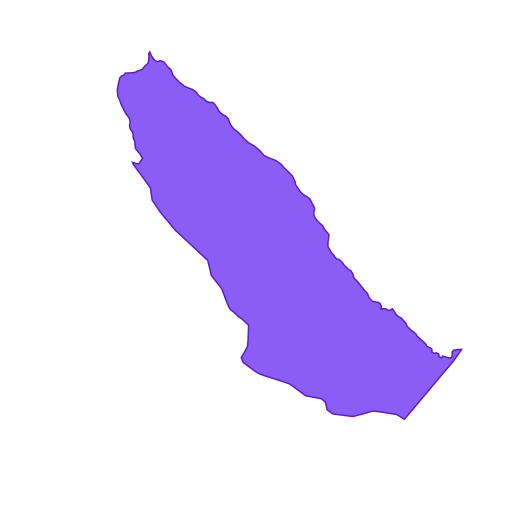 outline of Centro do Guilherme, Maranhão, Brazil, rotated 310°
{"feature_id": "56859067B30223143423538", "entity_name": "Centro do Guilherme", "entity_type": "district", "adm_level": 2, "iso_a3": "BRA", "parent_name": "Brazil", "parent_adm1": "Maranhão", "projection": "equal_earth", "projection_center": [-46.079, -2.413], "detail": "fine", "context": "isolated", "style": "filled", "palette": "violet", "viewbox_px": 512, "rotation_deg": 310, "n_neighbors": 0, "source": "geoboundaries", "source_scale": "gbopen_adm2", "svg_char_len": 3197}
<svg xmlns="http://www.w3.org/2000/svg" viewBox="0 0 512 512"><g transform="rotate(310 256 256)"><path d="M344.1,43.5L342.1,43.7L340.1,45.7L336.0,48.6L334.1,49.4L330.5,48.9L325.9,48.8L323.5,47.7L321.4,46.2L319.5,45.6L317.5,44.1L316.1,42.7L313.9,40.3L312.1,38.4L309.9,38.5L307.3,37.3L304.9,37.2L301.7,38.7L297.4,41.1L294.9,42.4L293.3,43.7L291.3,45.8L289.6,47.4L288.1,50.8L285.8,54.6L284.6,57.3L282.3,62.5L281.2,65.7L280.1,70.3L278.6,72.5L277.1,73.9L274.4,75.4L272.4,78.1L271.6,81.5L270.1,83.9L268.3,85.2L266.8,87.3L265.9,89.5L264.2,91.0L260.9,94.6L260.2,97.9L259.6,101.4L258.8,103.7L258.0,106.2L255.9,106.5L253.6,106.8L251.4,107.0L249.7,104.6L248.4,101.3L246.9,104.2L246.4,107.0L245.2,111.9L240.3,131.3L234.5,137.8L232.1,140.5L228.2,154.1L227.7,156.7L227.0,160.5L226.2,164.9L224.3,175.3L223.9,177.6L221.8,218.9L221.7,221.7L215.0,230.9L212.4,234.2L208.9,250.8L202.7,261.8L201.2,264.5L199.1,268.9L198.5,271.4L198.7,274.4L198.5,278.6L198.4,281.7L198.7,286.1L198.4,292.4L198.2,294.8L186.6,303.9L181.3,307.6L173.9,309.2L168.8,309.9L166.2,314.6L166.7,323.9L167.3,330.7L167.7,333.6L169.4,338.6L171.9,344.6L177.2,357.7L179.6,364.0L179.8,366.9L180.1,371.8L180.9,383.9L183.5,388.6L188.8,398.1L188.7,400.7L188.6,403.2L183.9,409.4L184.4,416.4L195.4,433.5L206.4,441.2L212.4,445.2L217.7,453.4L221.3,459.5L225.0,465.6L226.3,474.6L246.5,474.7L288.8,474.7L291.1,474.7L300.8,474.8L302.6,474.8L316.6,473.6L314.8,471.4L313.3,470.0L310.9,467.9L308.3,468.0L306.7,469.8L304.6,470.8L302.6,470.5L300.9,467.0L299.4,463.4L297.1,463.5L296.6,460.8L298.4,459.1L297.8,456.4L295.8,455.0L295.6,452.3L297.4,451.1L297.8,448.5L296.6,445.5L297.6,443.0L297.9,440.1L298.0,436.3L298.1,433.8L298.2,430.9L299.1,428.4L299.1,425.2L298.8,422.7L299.1,420.0L299.2,417.1L300.6,414.8L301.4,410.7L301.9,406.9L301.1,404.6L301.2,401.9L301.7,399.6L302.6,397.2L303.2,394.4L300.6,393.5L299.2,392.0L299.1,389.5L297.7,387.8L295.6,385.7L298.2,384.4L299.4,381.5L298.9,379.0L297.3,376.7L296.2,374.1L296.5,371.1L297.1,368.9L298.9,365.4L299.5,360.6L300.1,358.3L300.6,355.1L301.3,352.6L301.9,348.7L302.0,345.6L304.0,342.5L305.7,338.5L305.2,335.6L305.4,332.6L305.6,329.8L306.6,325.8L306.7,321.8L305.6,319.7L306.0,316.9L306.8,314.7L306.8,311.9L308.4,308.1L309.5,305.0L311.1,303.7L312.5,302.5L315.6,300.6L319.2,298.3L319.8,295.2L320.5,291.3L322.1,287.6L322.1,283.4L322.5,279.9L323.1,277.1L324.3,274.4L326.8,272.1L329.9,270.6L331.0,268.8L332.3,265.4L333.4,262.9L334.3,260.8L334.3,258.3L333.5,252.7L333.5,250.4L334.0,248.1L335.3,243.2L335.9,240.8L337.8,238.6L339.3,235.6L340.7,232.4L341.1,229.1L341.3,225.7L341.6,221.3L342.4,216.2L342.1,213.2L341.9,210.0L340.7,206.2L339.5,203.1L338.2,197.6L338.6,194.5L339.2,191.1L339.2,188.0L339.2,184.1L338.3,179.5L338.0,177.2L338.3,170.9L339.1,166.4L339.3,160.9L339.0,157.9L339.7,154.0L340.7,151.1L341.7,149.2L343.3,146.5L343.7,142.6L342.9,140.0L343.0,135.0L344.7,130.8L345.7,126.9L345.8,124.0L343.7,121.7L342.6,118.2L343.0,114.8L342.3,111.9L342.1,108.9L343.1,104.4L342.8,100.5L340.8,94.7L340.0,91.7L339.9,86.7L340.1,83.7L340.4,80.0L341.4,75.3L342.7,73.5L344.1,70.7L344.1,66.7L344.8,63.9L345.4,60.4L344.1,56.9L341.5,55.7L340.9,53.1L341.3,50.0L342.3,46.8L344.1,43.5Z" fill="#8b5cf6" stroke="#5b21b6" stroke-width="1.5"/></g></svg>